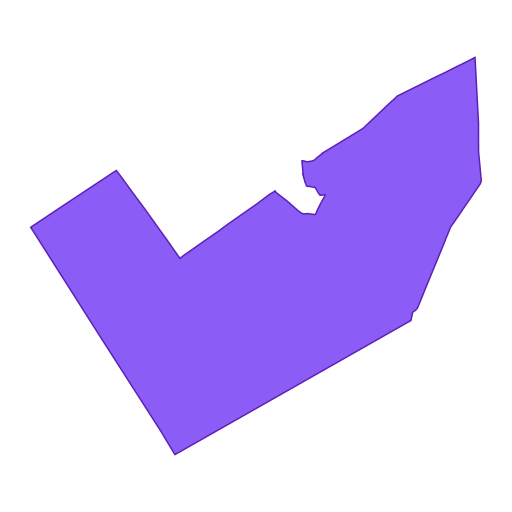 Abu Kamal, Dayr Az Zawr, Syria
{"feature_id": "27442178B22276011833046", "entity_name": "Abu Kamal", "entity_type": "district", "adm_level": 2, "iso_a3": "SYR", "parent_name": "Syria", "parent_adm1": "Dayr Az Zawr", "projection": "albers", "projection_center": [40.768, 34.588], "detail": "fine", "context": "isolated", "style": "filled", "palette": "violet", "viewbox_px": 512, "rotation_deg": 0, "n_neighbors": 0, "source": "geoboundaries", "source_scale": "gbopen_adm2", "svg_char_len": 1837}
<svg xmlns="http://www.w3.org/2000/svg" viewBox="0 0 512 512"><path d="M174.9,454.6L406.3,323.1L407.8,322.3L411.0,320.5L412.5,313.0L412.6,312.8L412.8,312.4L413.1,311.8L414.0,311.3L415.6,310.3L416.1,309.7L417.4,308.2L421.9,297.3L422.4,296.2L423.0,294.5L441.3,250.0L444.1,243.2L445.3,240.3L445.5,239.6L450.6,227.1L459.0,215.0L463.4,208.5L463.9,207.8L480.3,183.8L480.7,182.5L481.3,180.9L480.6,173.2L479.8,165.0L479.3,159.2L478.6,152.2L478.5,137.2L478.5,127.6L478.5,122.5L478.3,118.6L478.2,117.0L477.2,98.8L476.1,77.4L475.6,68.9L475.6,67.9L475.4,65.0L475.4,64.4L475.3,62.9L475.0,57.4L465.9,62.1L454.3,67.8L448.3,70.9L447.9,71.1L447.5,71.3L446.8,71.6L446.6,71.8L442.8,73.6L434.6,77.5L406.0,91.7L397.0,96.2L395.9,97.5L390.4,102.4L374.5,117.5L362.9,128.5L326.2,150.8L322.4,153.1L322.7,153.4L321.3,154.3L321.2,154.3L317.1,157.6L314.5,160.0L314.3,160.2L313.4,160.5L312.6,160.8L311.3,161.1L310.1,161.4L306.9,161.8L305.5,161.4L304.5,161.1L304.2,161.0L302.5,160.7L301.9,160.9L303.1,173.8L302.7,173.9L303.8,177.7L305.1,182.4L305.6,183.4L306.4,185.7L306.6,186.1L308.5,186.4L310.3,186.6L313.2,187.1L314.9,187.4L316.0,188.9L316.6,189.8L318.1,192.7L320.1,195.3L322.4,195.1L322.8,195.0L324.3,194.7L324.9,194.6L325.0,195.1L325.1,195.6L324.7,196.2L323.9,197.4L323.2,198.7L320.1,204.5L317.8,209.1L315.6,214.1L315.4,214.2L314.9,214.5L312.9,214.3L310.6,214.0L308.2,213.6L305.0,213.8L304.1,213.8L302.0,213.5L297.5,210.2L290.4,203.9L286.6,200.6L276.1,192.5L275.0,190.9L273.8,191.8L269.2,194.6L257.0,203.8L228.5,223.7L220.4,229.7L219.8,230.2L219.0,230.8L204.4,240.9L198.0,245.4L183.4,255.6L180.1,258.3L178.6,256.5L166.4,239.1L161.9,232.9L152.8,220.1L144.9,209.1L133.9,194.3L120.5,175.9L117.4,171.9L116.3,170.5L113.6,172.2L112.9,172.7L86.0,190.5L55.8,210.5L30.7,227.3L100.7,337.4L160.7,431.0L174.9,454.6Z" fill="#8b5cf6" stroke="#5b21b6" stroke-width="1.5"/></svg>